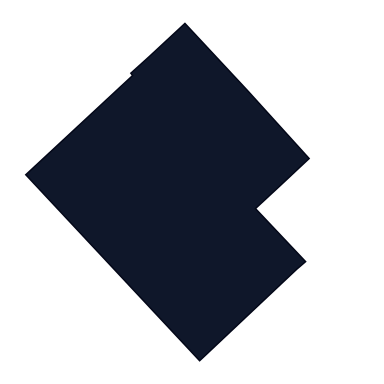 the district of Sawyer, Wisconsin, United States of America, rotated 47°
{"feature_id": "52423323B73952033582421", "entity_name": "Sawyer", "entity_type": "district", "adm_level": 2, "iso_a3": "USA", "parent_name": "United States of America", "parent_adm1": "Wisconsin", "projection": "albers", "projection_center": [-91.112, 45.898], "detail": "fine", "context": "isolated", "style": "filled", "palette": "ink", "viewbox_px": 384, "rotation_deg": 47, "n_neighbors": 0, "source": "geoboundaries", "source_scale": "gbopen_adm2", "svg_char_len": 318}
<svg xmlns="http://www.w3.org/2000/svg" viewBox="0 0 384 384"><g transform="rotate(47 192 192)"><path d="M320.6,301.5L319.9,168.4L320.4,156.4L247.4,156.9L247.5,120.2L247.4,83.5L155.6,82.2L63.9,82.2L63.8,131.2L63.4,155.7L66.3,156.0L66.0,301.8L320.6,301.5Z" fill="#0f172a" stroke="#020617" stroke-width="1.5"/></g></svg>